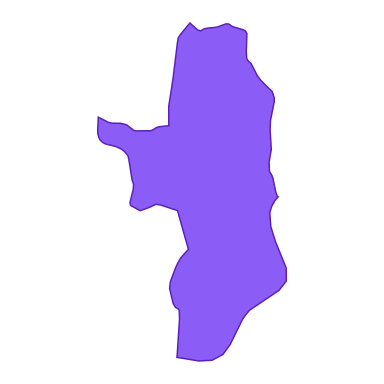 an SVG outline of Takêv
{"feature_id": "KHM-1802", "entity_name": "Takêv", "entity_type": "Province", "adm_level": 1, "iso_a3": "KHM", "parent_name": "Cambodia", "parent_adm1": "", "projection": "equal_earth", "projection_center": [104.777, 10.935], "detail": "fine", "context": "isolated", "style": "filled", "palette": "violet", "viewbox_px": 384, "rotation_deg": 0, "n_neighbors": 0, "source": "natural_earth", "source_scale": "10m", "svg_char_len": 1523}
<svg xmlns="http://www.w3.org/2000/svg" viewBox="0 0 384 384"><path d="M277.9,197.1L275.0,200.5L271.7,206.3L269.8,212.7L270.8,226.6L275.5,241.7L286.2,268.0L286.3,281.0L279.1,290.3L249.7,310.1L245.9,314.5L242.4,319.6L230.1,344.6L222.9,354.5L212.2,360.2L198.8,361.0L184.0,358.5L176.9,357.4L177.2,354.6L179.5,319.2L179.2,310.3L178.5,309.3L177.6,308.5L176.7,308.0L175.6,307.5L173.2,303.7L169.6,288.4L170.4,281.6L175.8,267.2L178.3,262.1L180.8,257.8L188.4,249.3L177.5,210.6L160.6,205.0L155.8,204.3L149.8,207.2L140.1,210.7L131.0,205.7L130.4,204.9L130.0,202.4L133.2,189.4L133.6,184.5L132.8,181.9L132.2,180.7L128.7,158.6L127.9,155.7L124.4,151.4L121.1,148.9L115.4,146.4L105.7,144.0L103.2,142.8L100.2,140.2L98.7,137.2L97.9,134.1L97.7,130.2L98.3,117.2L108.2,122.2L111.9,123.2L120.6,123.3L123.8,124.0L126.8,125.0L133.6,130.2L135.2,130.9L150.7,130.7L151.8,130.4L153.7,129.4L155.4,128.1L158.7,126.8L168.8,125.7L168.7,106.3L171.6,88.1L173.3,76.2L177.5,42.1L178.3,37.8L180.7,34.2L189.9,23.0L197.7,30.0L200.6,30.9L201.1,30.7L203.7,29.0L207.6,28.1L216.8,27.2L225.8,23.9L227.7,23.9L229.2,24.2L230.2,24.9L231.1,25.7L232.8,26.7L243.3,29.8L245.2,30.8L245.8,31.5L246.9,33.7L246.3,52.0L246.7,58.1L247.2,59.3L247.7,60.3L249.2,61.9L251.0,63.3L257.2,75.4L260.5,80.0L266.4,86.0L272.2,91.5L274.2,97.6L274.3,101.3L270.5,120.6L270.1,130.2L271.3,149.4L269.1,162.1L269.4,170.4L269.9,172.3L270.6,173.3L271.3,174.2L272.1,175.9L273.0,178.6L275.7,191.6L276.1,193.0L276.5,194.2L277.8,197.1L277.9,197.1Z" fill="#8b5cf6" stroke="#5b21b6" stroke-width="1.5"/></svg>